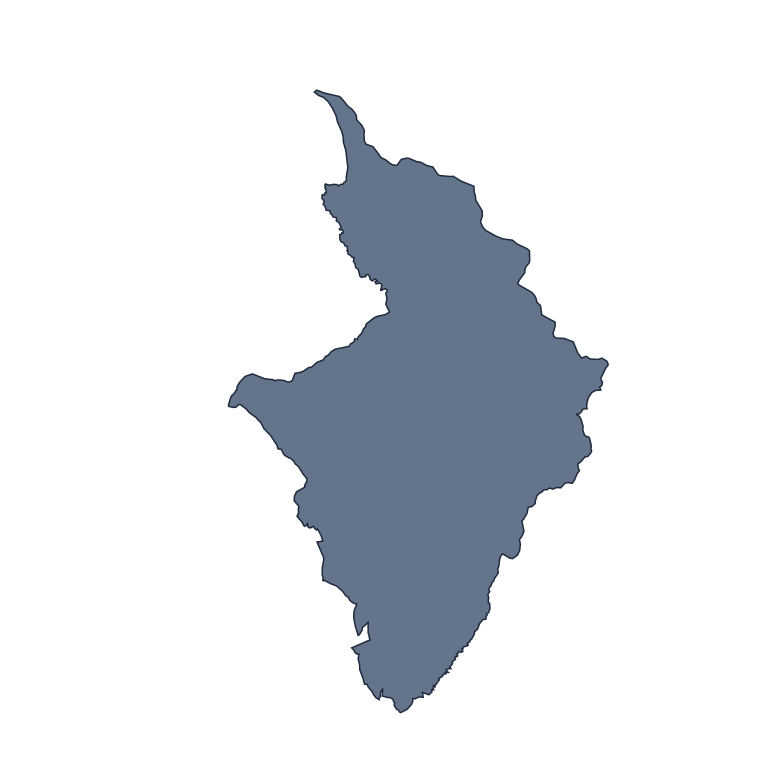 Campuri, Vrancea, Romania, rotated 53°
{"feature_id": "2599482B61463988444058", "entity_name": "Campuri", "entity_type": "district", "adm_level": 2, "iso_a3": "ROU", "parent_name": "Romania", "parent_adm1": "Vrancea", "projection": "robinson", "projection_center": [26.758, 46.041], "detail": "fine", "context": "isolated", "style": "filled", "palette": "slate", "viewbox_px": 768, "rotation_deg": 53, "n_neighbors": 0, "source": "geoboundaries", "source_scale": "gbopen_adm2", "svg_char_len": 6170}
<svg xmlns="http://www.w3.org/2000/svg" viewBox="0 0 768 768"><g transform="rotate(53 384 384)"><path d="M633.2,577.9L631.9,576.6L631.4,574.9L628.9,573.5L626.4,568.2L632.0,573.2L636.6,569.8L637.5,568.3L640.9,566.6L644.0,567.6L645.0,567.3L646.4,569.1L647.7,569.4L651.0,569.7L653.7,568.6L655.1,569.1L656.5,568.4L657.7,561.6L657.2,558.4L656.2,554.3L654.6,551.9L652.6,550.3L654.2,548.5L654.9,544.4L657.8,541.2L653.4,538.9L659.2,535.2L658.8,531.1L656.9,529.8L658.1,528.3L656.8,528.1L656.4,527.1L654.7,526.2L657.1,525.3L655.5,525.1L654.9,523.6L655.4,522.8L654.5,521.5L653.6,517.9L652.2,517.7L652.6,513.4L651.8,512.6L652.1,512.0L651.5,510.8L652.7,509.1L651.3,508.7L653.0,506.2L650.7,506.9L649.6,506.4L650.2,505.6L650.0,504.2L651.6,501.8L649.6,501.8L648.6,497.5L646.8,496.6L646.9,492.7L644.9,491.9L645.6,489.9L645.5,488.7L643.1,488.7L643.7,487.1L642.6,485.4L644.8,483.9L644.9,481.9L642.6,481.5L643.1,480.3L641.8,478.9L643.4,474.5L642.7,473.6L642.1,474.1L641.2,473.3L641.5,470.7L640.5,469.2L640.6,467.9L638.0,462.1L636.3,460.9L636.2,457.1L632.9,451.9L631.6,446.5L632.7,445.2L633.0,443.8L631.1,442.7L630.7,440.8L629.2,440.7L629.6,438.1L627.0,434.4L623.0,431.8L620.7,431.9L617.5,428.9L614.5,427.7L613.4,424.5L610.7,423.9L609.5,420.0L607.6,417.1L607.3,414.8L605.9,413.0L603.6,406.4L600.2,404.5L598.4,401.7L594.1,397.7L591.6,394.2L591.1,391.4L598.7,388.4L600.9,386.4L601.0,380.5L598.7,375.9L594.1,371.6L589.7,369.4L589.0,366.5L586.9,362.3L585.4,360.6L576.3,356.3L576.1,354.1L573.3,347.5L569.2,343.0L570.9,339.7L570.4,335.0L568.8,334.0L565.3,329.1L564.8,325.7L565.3,322.5L564.6,320.4L566.6,317.1L566.6,314.4L569.5,312.5L570.6,308.4L573.3,305.3L572.1,299.2L573.5,296.3L576.6,293.5L575.4,289.8L571.8,283.6L570.8,280.0L567.8,279.4L564.5,277.2L564.6,274.4L563.2,267.3L564.4,265.1L564.4,263.9L563.2,259.5L562.3,258.4L560.2,257.8L558.2,255.7L551.5,252.6L549.7,252.4L547.2,254.2L545.0,254.5L540.3,252.9L537.7,250.5L531.0,247.9L527.5,247.4L524.1,248.6L524.0,247.9L525.4,245.9L525.0,242.9L523.7,240.3L526.0,236.7L524.1,235.9L520.4,232.4L517.6,228.3L515.9,223.0L516.4,219.1L519.3,214.5L516.1,213.4L516.3,211.0L514.1,208.4L511.2,208.2L509.8,207.2L504.7,197.2L503.8,193.7L503.0,193.1L499.9,192.3L494.5,194.4L493.4,198.0L488.1,204.3L483.6,205.8L482.1,210.6L476.0,210.6L464.3,207.5L456.2,212.5L451.1,218.7L448.4,219.8L445.2,218.4L441.3,213.1L437.7,210.1L423.7,216.4L415.5,211.8L410.8,212.7L406.7,210.9L403.8,210.5L399.8,210.8L386.7,216.4L384.4,216.7L382.5,213.6L379.8,204.5L377.1,202.2L375.8,200.1L374.5,194.9L372.7,193.0L365.2,187.7L361.9,188.4L352.5,193.4L346.5,194.8L339.6,201.8L333.1,205.7L322.9,210.2L318.6,210.8L312.6,209.4L308.8,204.1L304.8,201.4L292.5,200.1L287.8,197.3L285.2,196.6L280.2,193.2L268.6,200.2L259.6,203.8L258.6,205.7L250.8,214.4L247.7,214.9L240.1,214.4L235.4,218.3L229.1,221.1L225.6,224.4L219.3,227.9L217.3,229.9L215.0,235.0L217.0,241.4L216.7,242.8L214.4,245.0L211.6,246.4L205.8,247.8L201.6,250.0L188.1,249.9L181.4,254.1L178.1,253.4L172.7,249.9L169.7,247.1L163.9,246.0L157.7,246.8L155.9,246.5L152.8,244.4L148.6,244.1L144.9,244.3L141.0,245.6L130.2,246.0L127.7,246.5L115.4,256.8L108.8,260.8L108.9,264.0L114.1,262.6L118.9,259.8L124.9,258.7L132.2,259.1L140.7,260.8L147.0,263.5L157.1,265.8L162.3,268.0L166.3,270.8L174.8,274.1L189.5,282.7L195.8,289.4L198.3,291.0L199.3,293.7L198.9,294.6L199.8,296.2L198.4,298.7L198.3,301.2L196.5,301.5L194.0,304.4L192.3,308.0L189.0,310.4L189.1,310.8L190.0,311.8L191.4,311.8L191.8,313.2L194.0,313.5L196.4,314.9L195.9,316.4L197.2,317.7L195.7,319.2L195.9,319.9L198.3,321.7L201.9,321.9L203.0,322.8L203.7,324.4L206.8,324.2L210.4,325.6L213.1,323.0L215.9,324.2L217.4,323.6L219.8,324.2L222.2,322.2L223.6,322.4L225.1,324.0L227.4,322.9L230.4,323.2L233.4,324.2L233.4,326.4L234.4,326.4L236.0,324.4L238.5,325.1L238.9,326.0L237.9,326.8L238.6,327.8L238.1,329.6L242.2,332.3L244.7,332.7L246.7,331.2L250.0,332.0L252.2,330.6L253.2,331.6L255.0,331.9L255.1,333.4L256.5,333.3L258.7,334.5L261.3,333.3L263.7,333.2L264.8,331.8L267.8,334.7L270.5,334.8L273.9,336.5L277.0,335.6L283.7,338.4L285.5,337.6L285.9,335.9L287.1,334.4L287.1,333.6L285.9,332.9L286.7,331.0L289.4,330.9L291.5,331.9L293.7,331.8L294.8,331.0L294.6,328.3L295.0,327.5L297.9,327.4L296.9,328.9L297.0,329.7L299.3,330.0L300.9,326.6L302.7,326.0L304.1,326.5L307.0,330.2L308.0,329.3L307.6,327.8L308.9,325.6L310.6,325.0L311.9,325.6L312.6,328.0L317.8,330.3L321.2,334.5L329.8,336.3L329.5,341.0L325.8,348.9L325.2,352.1L325.3,361.3L325.7,362.7L327.1,364.0L327.8,367.6L330.0,371.1L330.8,376.1L332.2,378.5L330.3,380.1L332.3,382.9L331.8,386.7L332.9,389.2L326.8,402.1L326.4,406.8L327.4,411.0L326.8,414.3L328.2,418.0L326.4,424.2L326.9,431.7L325.5,434.4L325.2,441.1L324.3,444.0L321.9,448.6L325.9,455.1L325.8,457.6L324.2,459.9L321.2,461.6L318.0,465.0L316.5,466.9L315.7,469.4L314.1,469.7L307.9,476.2L296.8,483.0L294.4,490.2L295.7,498.1L296.8,500.9L297.7,502.9L300.3,505.2L300.0,506.6L301.2,508.2L301.2,509.9L301.9,511.1L301.5,512.0L302.5,514.5L307.1,520.8L308.5,521.5L312.5,517.9L313.4,516.3L313.1,512.6L313.7,511.2L321.4,509.0L325.4,508.9L334.8,506.1L336.3,506.4L340.5,505.6L347.2,506.7L357.1,505.6L368.7,506.3L371.3,507.6L372.3,507.5L374.3,505.3L378.8,506.3L381.4,506.2L386.0,504.3L387.1,503.3L391.7,502.6L394.3,503.0L398.5,502.0L407.1,502.8L413.2,502.6L415.0,503.9L417.2,508.2L418.7,509.5L417.4,518.7L419.7,523.1L423.3,526.0L430.5,525.6L433.0,528.3L435.1,529.2L436.2,531.3L437.7,532.3L437.4,533.0L446.8,532.6L448.0,533.3L450.1,532.8L450.2,531.4L449.5,529.2L452.4,530.7L453.8,530.4L455.0,528.4L454.8,526.7L456.1,525.8L457.0,526.4L459.4,526.0L460.0,525.7L459.6,524.3L466.6,525.3L472.6,527.3L469.9,532.6L486.1,536.6L488.0,537.8L493.7,544.0L499.3,548.2L502.5,549.5L504.0,551.1L504.9,550.7L505.0,549.7L511.9,546.5L516.5,543.5L524.4,541.8L529.9,542.0L532.9,540.9L536.1,541.5L538.8,540.9L540.8,540.2L543.4,538.2L547.0,544.1L549.8,546.8L553.7,549.5L560.3,552.7L569.2,555.9L569.4,554.8L567.6,549.9L565.5,547.7L564.9,540.2L573.6,546.7L575.8,547.0L576.4,547.9L580.0,549.0L575.3,568.6L578.8,568.2L581.1,568.8L583.7,568.0L584.2,566.7L584.8,566.6L587.7,569.9L593.1,572.2L597.6,575.3L607.1,578.1L612.1,580.3L613.5,578.2L616.8,579.0L621.7,578.6L626.6,579.3L630.0,579.1L633.2,577.9Z" fill="#64748b" stroke="#1e293b" stroke-width="1.5"/></g></svg>